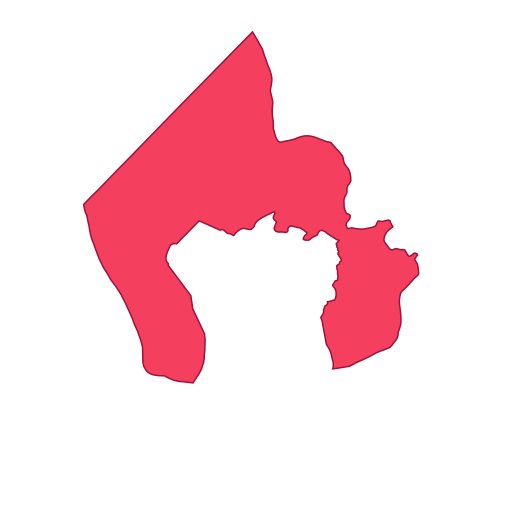 Tbaeng Mean Chey, Preah Vihéar, Cambodia (Albers equal-area conic projection), rotated 314°
{"feature_id": "14789045B76520670537336", "entity_name": "Tbaeng Mean Chey", "entity_type": "district", "adm_level": 2, "iso_a3": "KHM", "parent_name": "Cambodia", "parent_adm1": "Preah Vihéar", "projection": "albers", "projection_center": [105.049, 13.77], "detail": "fine", "context": "isolated", "style": "filled", "palette": "rose", "viewbox_px": 512, "rotation_deg": 314, "n_neighbors": 0, "source": "geoboundaries", "source_scale": "gbopen_adm2", "svg_char_len": 6157}
<svg xmlns="http://www.w3.org/2000/svg" viewBox="0 0 512 512"><g transform="rotate(314 256 256)"><path d="M376.1,271.9L379.3,268.4L381.5,265.0L382.3,263.4L382.8,261.6L383.4,257.8L384.0,255.2L385.0,253.3L386.1,251.8L387.3,250.1L388.2,248.6L388.2,246.9L388.6,244.7L388.8,243.8L388.9,239.4L389.6,231.6L389.4,230.6L387.0,226.6L383.8,219.3L382.7,216.5L381.5,214.2L379.7,211.3L377.9,209.2L375.7,207.2L373.5,205.7L371.3,204.5L366.3,202.2L362.0,199.5L358.0,196.6L355.9,195.4L354.5,194.0L354.1,193.2L353.9,192.1L354.8,188.7L355.6,186.8L357.8,183.3L359.6,180.0L363.0,176.8L364.7,175.0L369.0,169.5L371.5,167.0L373.4,165.3L377.6,161.9L379.3,160.0L380.1,158.6L381.4,156.8L383.0,154.2L384.6,151.8L386.1,150.5L389.8,148.1L393.6,145.2L394.8,143.9L396.1,142.3L397.5,140.2L399.6,136.4L401.3,132.3L403.4,128.1L404.3,126.6L405.5,123.7L406.9,121.2L409.4,116.6L410.3,113.2L411.9,108.3L412.9,104.6L413.7,101.9L414.8,97.8L301.6,96.9L241.6,96.7L219.8,96.5L195.8,96.5L182.8,96.2L173.4,96.2L172.0,98.0L170.6,100.1L169.2,102.3L168.4,104.0L167.9,105.7L165.1,109.7L163.4,112.2L161.3,115.5L159.9,117.2L156.1,122.7L154.8,124.9L153.5,127.4L152.1,130.6L150.0,134.7L145.0,145.3L141.5,155.0L140.6,159.3L139.5,163.3L138.2,167.3L136.5,177.4L135.4,182.1L134.7,185.2L132.4,191.8L131.0,195.9L129.8,198.7L128.1,203.2L125.0,210.8L123.5,213.7L122.1,216.9L119.4,223.5L117.5,227.2L115.9,230.7L111.9,237.3L109.5,239.9L107.1,242.2L100.2,249.4L98.7,251.9L98.2,253.4L97.4,256.3L97.2,259.0L97.9,261.7L99.0,264.4L100.7,266.9L102.5,269.3L104.2,271.2L106.2,273.4L106.9,276.1L107.8,278.7L109.6,283.2L112.4,287.9L115.5,291.6L121.0,298.9L124.8,298.1L126.7,297.8L128.0,297.4L129.8,297.2L134.0,296.2L137.3,295.1L139.6,293.8L142.6,292.5L146.1,290.1L149.6,287.0L152.3,284.9L157.3,280.4L160.9,277.0L164.3,273.0L174.0,247.3L182.2,236.7L188.3,199.2L189.3,198.7L189.6,198.0L189.8,196.6L190.1,195.2L190.6,194.3L191.5,193.0L192.8,192.0L194.2,191.1L195.6,190.3L197.8,189.2L200.2,188.4L202.1,187.7L203.8,187.1L205.4,187.2L207.0,187.8L208.6,188.9L209.6,190.4L241.8,190.7L249.7,212.3L250.3,212.6L251.3,213.0L252.1,214.1L252.3,215.6L252.3,218.7L252.6,219.9L253.1,220.8L253.8,221.5L254.2,222.1L254.7,223.9L255.0,225.5L255.8,225.8L257.1,225.5L258.4,225.4L262.5,225.7L263.9,226.1L266.7,227.3L267.5,228.2L268.1,229.0L268.6,230.0L269.4,231.2L270.5,232.8L271.2,233.5L271.8,234.0L274.6,234.2L276.0,234.1L277.4,233.3L280.5,232.6L282.3,232.6L284.1,232.9L285.3,233.1L288.3,233.8L291.0,234.8L294.0,235.8L297.1,237.1L299.0,237.6L300.0,238.0L300.6,238.7L300.4,239.3L300.0,239.7L299.5,240.1L298.4,240.5L297.0,240.9L295.8,241.6L295.3,242.1L295.0,242.8L294.7,244.2L294.9,246.1L294.6,246.8L294.3,247.3L293.6,247.6L292.8,247.8L292.1,248.1L291.3,248.5L289.5,249.2L288.9,249.6L288.3,250.1L287.8,251.0L287.6,252.0L287.6,253.0L288.2,254.5L289.0,255.7L290.5,257.1L291.3,258.1L291.9,258.7L293.5,260.8L294.0,261.2L294.7,261.6L295.4,261.7L296.1,261.5L296.7,261.2L297.8,260.0L298.8,259.6L299.9,259.5L300.8,259.7L301.8,260.3L302.4,261.0L303.7,263.2L304.3,264.1L305.4,266.2L306.0,267.1L306.4,267.5L307.0,268.5L307.1,270.3L307.4,271.0L307.8,273.1L307.8,274.0L308.0,275.3L308.1,276.4L307.1,277.1L306.3,277.2L305.5,276.9L304.7,276.9L302.8,277.3L301.8,277.6L301.0,278.3L301.1,279.3L301.4,279.9L302.1,280.9L303.4,282.4L304.3,283.0L308.6,283.7L310.4,284.2L313.2,285.4L313.9,285.4L316.0,284.6L318.3,284.3L318.9,284.6L319.7,285.2L320.5,286.1L321.4,288.4L321.6,289.5L321.5,290.1L321.6,291.2L323.9,302.8L325.1,304.9L324.5,305.2L323.5,305.0L322.6,304.9L322.1,305.2L321.3,305.0L320.6,305.2L320.2,305.4L320.0,306.2L320.0,306.9L319.5,307.2L318.9,307.4L318.6,307.9L318.7,308.9L318.4,309.4L317.4,310.1L316.9,311.1L317.0,312.3L316.3,312.7L315.1,312.9L314.5,313.3L314.2,313.7L314.3,314.7L314.0,315.1L313.6,316.0L313.4,316.9L313.5,317.6L313.3,318.0L313.0,318.5L312.9,319.4L311.6,320.7L310.6,320.5L309.8,320.4L308.2,321.4L307.3,321.2L306.3,320.9L305.3,320.8L304.4,321.5L303.9,322.2L302.8,323.3L302.0,325.0L301.3,325.7L300.4,326.5L299.6,327.2L298.3,329.3L297.7,329.7L296.9,330.0L295.8,331.0L295.1,331.4L294.5,331.3L293.5,330.5L292.6,330.2L291.6,330.7L290.0,330.9L288.9,331.1L288.1,331.5L287.8,332.7L287.3,335.6L287.1,336.2L286.0,338.3L285.6,338.6L285.0,339.4L284.6,339.8L283.6,340.6L282.8,341.4L280.5,342.7L278.9,343.0L278.3,342.8L277.6,342.1L276.8,341.8L276.1,341.5L275.2,340.8L274.4,340.4L273.6,339.8L272.9,339.2L272.3,339.4L271.6,340.6L271.1,340.6L270.2,340.8L269.1,340.6L268.0,340.3L266.6,340.9L265.4,341.6L264.6,341.9L263.9,342.3L263.4,342.9L261.8,344.0L261.3,344.3L260.2,344.5L259.1,344.8L257.1,345.2L256.6,345.7L255.6,347.9L255.2,348.6L241.2,368.2L240.9,369.7L240.0,373.2L238.5,376.8L234.4,383.2L233.6,384.7L232.6,386.0L229.6,388.8L228.1,389.6L232.7,393.2L241.5,399.8L243.8,400.6L248.4,402.0L251.3,403.1L254.0,404.2L256.8,405.4L265.5,408.4L270.3,409.9L274.3,411.7L277.9,413.5L281.8,415.1L282.8,415.7L286.4,415.8L289.8,415.3L292.8,415.1L295.2,414.5L297.6,413.2L299.8,411.4L302.8,410.0L306.9,407.9L309.1,406.2L311.8,403.6L314.9,400.3L317.8,396.7L320.7,393.1L323.4,390.1L326.5,387.8L329.4,386.0L332.2,385.4L334.4,385.6L337.3,385.7L345.7,385.6L349.8,385.4L353.8,385.7L355.6,385.7L357.2,384.4L358.9,382.4L360.9,379.8L362.2,377.9L363.7,372.9L364.3,372.2L367.1,371.7L368.8,371.6L369.2,371.2L369.4,370.6L369.0,369.1L368.5,368.2L367.8,367.8L365.7,367.5L363.4,367.1L362.5,366.7L362.1,365.8L362.0,364.7L362.7,362.6L363.7,358.7L363.1,357.6L362.0,356.6L360.8,355.3L359.9,353.8L359.0,352.0L357.8,351.1L356.7,350.5L355.3,350.0L354.0,348.4L354.1,346.7L355.2,339.6L355.7,337.9L356.7,336.6L358.4,335.4L360.9,334.2L364.5,333.4L367.3,333.5L370.4,333.9L371.9,334.2L372.3,333.9L372.6,332.4L373.2,330.6L373.5,329.4L374.4,328.2L374.3,327.4L373.9,326.4L372.8,325.5L370.6,324.1L368.7,323.1L367.0,320.6L365.8,319.5L364.1,319.9L362.3,320.7L360.5,321.1L358.5,320.3L355.9,318.8L354.1,317.4L352.2,316.2L349.8,314.4L347.5,312.0L345.8,309.8L344.4,307.8L342.7,305.2L339.8,303.3L339.5,302.4L339.9,301.1L340.9,299.3L343.0,297.9L347.4,297.7L349.3,296.9L350.6,295.5L350.7,294.2L349.5,291.8L349.6,290.9L351.0,287.8L352.4,285.4L357.4,280.3L359.3,279.2L364.7,277.4L367.7,274.6L368.8,273.9L370.4,273.0L371.4,273.1L372.5,273.0L374.9,272.4L376.1,271.9Z" fill="#f43f5e" stroke="#9f1239" stroke-width="1.5"/></g></svg>